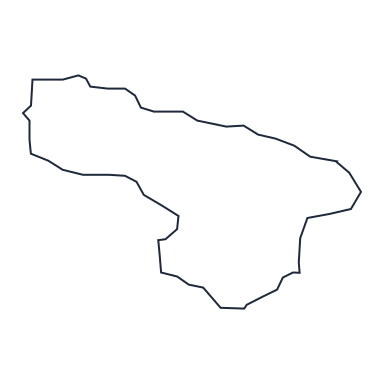 the district of Lund, Skåne, Sweden
{"feature_id": "70781695B29606605667306", "entity_name": "Lund", "entity_type": "district", "adm_level": 2, "iso_a3": "SWE", "parent_name": "Sweden", "parent_adm1": "Skåne", "projection": "equal_earth", "projection_center": [13.388, 55.685], "detail": "fine", "context": "isolated", "style": "outline", "palette": "slate", "viewbox_px": 384, "rotation_deg": 0, "n_neighbors": 0, "source": "geoboundaries", "source_scale": "gbopen_adm2", "svg_char_len": 836}
<svg xmlns="http://www.w3.org/2000/svg" viewBox="0 0 384 384"><path d="M23.0,113.1L29.5,120.6L29.5,139.6L30.3,148.1L30.9,153.7L48.3,160.7L62.7,169.8L83.0,174.8L109.0,174.8L125.0,175.8L136.5,181.8L143.8,194.9L162.6,206.0L178.5,216.0L177.1,229.1L165.5,239.2L158.2,240.2L158.3,240.7L159.7,255.3L161.1,272.5L177.1,276.5L188.7,284.6L203.2,287.6L211.9,297.7L220.6,307.8L244.2,308.6L246.7,304.8L262.6,296.7L277.1,289.6L282.9,277.5L293.0,272.5L299.6,272.8L298.8,262.4L300.2,238.2L307.4,218.0L329.1,214.0L350.9,209.0L361.0,191.9L349.3,172.8L336.3,161.7L336.7,161.3L310.2,156.7L294.3,145.7L275.5,138.6L258.1,134.6L243.6,125.6L226.3,126.6L197.3,120.6L182.9,111.6L153.9,111.6L140.9,107.6L135.1,95.6L125.0,88.6L107.7,88.6L90.3,86.6L86.0,78.6L78.4,75.4L62.8,79.6L32.5,79.6L31.0,105.6L23.0,113.1Z" fill="none" stroke="#1e293b" stroke-width="2"/></svg>